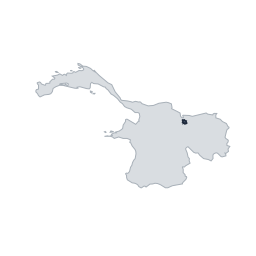 Wang Chao, Tak, Thailand shown in context, rotated 114°
{"feature_id": "78962969B10518066707852", "entity_name": "Wang Chao", "entity_type": "district", "adm_level": 2, "iso_a3": "THA", "parent_name": "Thailand", "parent_adm1": "Tak", "projection": "robinson", "projection_center": [99.133, 16.616], "detail": "fine", "context": "in_parent", "style": "filled", "palette": "slate", "viewbox_px": 256, "rotation_deg": 114, "n_neighbors": 0, "source": "geoboundaries", "source_scale": "gbopen_adm2", "svg_char_len": 4614}
<svg xmlns="http://www.w3.org/2000/svg" viewBox="0 0 256 256"><g transform="rotate(114 128 128)"><path d="M111.3,28.2L111.5,29.2L112.4,27.9L113.6,27.2L116.0,30.1L116.3,31.3L114.6,35.9L114.8,37.4L116.0,38.6L117.3,39.4L118.7,39.2L121.3,37.9L124.3,38.7L124.1,41.7L125.2,46.5L123.7,51.4L122.3,53.9L123.4,56.0L123.5,58.0L120.7,65.6L121.3,66.2L123.1,67.0L123.8,66.8L126.7,63.8L130.0,61.4L131.0,59.5L133.1,58.8L134.9,57.0L139.2,60.1L140.3,60.4L140.9,60.9L141.1,62.2L141.6,62.4L143.4,60.7L146.3,59.5L147.4,56.9L148.8,56.1L148.6,54.8L149.1,54.3L151.4,54.2L155.1,55.6L156.3,55.9L156.9,55.5L162.7,64.0L166.4,67.3L167.4,69.5L166.6,75.2L166.7,78.4L167.5,80.9L169.1,82.7L170.3,85.1L174.6,87.5L174.2,88.1L174.5,89.7L177.2,91.4L177.4,92.0L177.1,94.3L175.9,96.1L175.7,97.5L175.7,99.3L176.4,101.9L175.6,107.5L174.0,109.0L171.9,110.1L170.8,111.6L169.9,111.2L169.5,109.7L167.2,108.9L162.8,109.7L160.6,109.3L157.7,109.8L154.8,109.6L153.1,109.0L148.3,110.2L146.3,111.3L144.8,112.8L142.7,116.9L140.5,119.4L140.5,120.4L137.8,121.0L137.9,124.5L139.5,128.2L140.0,132.9L143.1,136.3L142.5,138.6L142.8,140.9L145.2,146.1L143.5,143.6L143.2,141.9L141.1,139.3L140.5,140.6L138.1,138.7L137.1,136.7L136.7,137.6L134.4,134.8L132.0,133.3L130.6,132.7L127.3,133.6L123.0,132.9L121.4,133.6L120.7,133.2L120.3,132.3L121.5,122.5L117.8,121.3L117.2,120.6L116.4,121.4L112.8,121.8L110.1,123.6L109.8,125.1L111.0,127.8L109.5,132.7L110.0,137.3L109.8,139.8L108.0,143.0L107.5,145.6L105.5,149.5L104.1,154.4L103.8,157.3L101.4,161.7L100.8,164.2L99.9,165.1L100.3,167.1L99.9,173.2L101.4,177.5L101.0,179.6L102.7,180.3L106.7,178.9L108.0,179.3L108.8,181.7L109.9,188.8L111.5,191.1L112.0,190.0L112.7,191.1L113.4,193.2L115.5,204.6L116.6,207.5L115.3,206.8L114.6,203.2L113.4,203.1L113.8,200.8L113.1,200.0L111.9,200.6L111.9,202.4L115.1,208.0L117.1,208.2L119.6,210.7L122.3,212.5L125.7,211.9L128.1,212.5L129.5,214.0L131.7,217.8L135.4,221.0L134.8,223.0L133.4,224.6L132.6,226.7L131.6,227.3L130.3,227.3L128.8,225.6L125.2,227.2L124.4,228.9L123.5,229.3L121.9,227.5L122.0,226.4L123.0,224.9L122.7,221.0L120.6,221.0L119.1,218.0L118.6,217.7L117.6,218.2L114.2,216.8L113.2,215.0L112.1,215.1L111.4,218.3L108.4,214.0L106.3,212.3L106.6,209.2L105.2,208.5L104.6,207.6L105.1,205.7L103.2,206.0L102.3,205.5L101.1,202.1L100.1,200.8L98.9,200.8L98.4,200.1L98.5,198.5L95.4,196.1L94.4,193.4L92.9,192.2L91.9,192.6L90.9,194.5L90.2,194.4L89.6,193.8L88.7,191.1L88.8,186.4L89.8,183.6L90.4,179.2L91.8,175.5L94.9,164.7L95.0,160.5L100.2,154.4L103.7,147.4L104.8,146.4L105.3,145.1L103.5,139.5L102.7,135.6L102.8,134.6L100.6,132.0L100.0,128.9L99.4,128.0L99.2,127.0L100.1,125.2L99.6,118.6L97.1,114.0L92.8,109.8L88.9,103.6L88.4,101.3L88.3,98.2L91.4,96.1L92.6,96.0L93.1,86.6L95.8,84.8L96.3,84.1L96.6,82.5L96.0,81.6L94.2,83.1L93.9,82.8L91.7,77.3L91.2,74.0L82.5,62.7L82.9,60.8L81.6,55.9L80.4,55.9L79.5,55.0L78.6,52.8L80.3,53.1L83.0,51.9L82.5,47.2L83.7,44.4L83.9,39.9L86.0,37.3L86.2,36.0L87.4,35.8L88.9,36.8L90.5,36.8L97.0,35.6L97.8,34.4L98.2,31.9L98.8,31.2L100.3,30.9L102.0,31.4L103.7,30.5L103.4,27.5L106.5,28.1L108.5,26.7L111.3,28.2ZM91.1,195.7L90.7,199.3L89.4,200.0L89.0,197.9L89.8,194.6L90.1,195.4L91.1,195.7ZM110.8,175.2L110.6,176.9L109.5,177.4L109.3,175.5L110.8,175.2ZM137.8,140.2L139.2,142.6L137.6,142.4L137.3,140.0L137.8,140.2ZM105.9,217.2L105.3,216.1L105.8,214.5L106.4,216.5L105.9,217.2ZM93.2,196.1L92.9,198.1L92.3,195.4L93.2,196.1ZM110.9,173.7L110.3,173.5L109.8,172.3L110.5,172.4L110.9,173.7ZM98.5,201.9L99.2,204.2L98.4,203.1L98.5,201.9ZM141.3,146.6L141.1,148.0L140.4,147.4L140.8,146.3L141.3,146.6ZM89.6,182.1L88.9,182.7L89.5,181.3L89.6,182.1Z" fill="#d9dde1" stroke="#a8b0b8" stroke-width="1"/><path d="M101.2,77.9L101.1,77.7L100.9,77.4L100.7,77.4L100.6,77.1L100.4,76.9L100.1,76.5L99.9,76.3L99.7,76.4L99.7,76.5L99.7,76.8L99.6,77.0L99.5,76.9L99.4,76.9L99.2,76.9L99.2,77.0L98.9,77.1L98.8,77.3L98.7,77.3L98.5,77.5L98.4,77.6L98.2,77.7L97.9,77.7L97.9,77.8L98.0,77.9L98.0,78.0L98.2,78.3L98.1,78.5L98.3,78.7L98.3,78.8L98.2,78.8L98.2,79.0L98.3,79.1L98.3,79.3L98.2,79.4L98.0,79.5L98.0,79.4L97.9,79.4L97.8,79.5L97.7,79.6L97.7,79.8L97.8,79.8L97.9,80.0L98.0,80.0L97.9,80.0L98.0,80.0L98.0,80.3L98.1,80.5L98.3,80.5L98.4,80.8L98.4,81.0L98.4,81.3L98.5,81.3L98.6,81.2L98.8,81.0L98.8,80.9L99.0,80.8L99.2,80.7L99.2,80.8L99.3,80.8L99.3,80.7L99.3,80.8L99.4,80.7L99.5,80.7L99.4,80.7L99.5,80.7L99.7,80.4L99.8,80.4L99.8,80.5L99.8,80.4L100.0,80.4L99.9,80.3L100.0,80.2L100.2,79.9L100.3,80.0L100.5,80.1L100.8,80.0L100.8,79.9L100.9,79.7L101.0,79.6L101.0,79.4L100.9,79.2L101.0,79.2L100.9,79.1L101.0,79.1L100.9,79.0L100.9,78.9L100.9,78.7L100.9,78.4L100.9,78.2L101.0,78.2L101.2,77.9Z" fill="#64748b" stroke="#1e293b" stroke-width="1.5"/></g></svg>